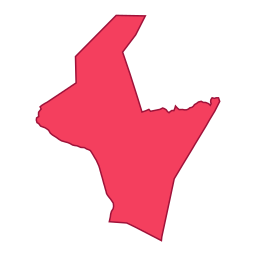 Milagres, Ceará, Brazil
{"feature_id": "56859067B57580230718616", "entity_name": "Milagres", "entity_type": "district", "adm_level": 2, "iso_a3": "BRA", "parent_name": "Brazil", "parent_adm1": "Ceará", "projection": "mercator", "projection_center": [-38.943, -7.27], "detail": "fine", "context": "isolated", "style": "filled", "palette": "rose", "viewbox_px": 256, "rotation_deg": 0, "n_neighbors": 0, "source": "geoboundaries", "source_scale": "gbopen_adm2", "svg_char_len": 1610}
<svg xmlns="http://www.w3.org/2000/svg" viewBox="0 0 256 256"><path d="M109.3,221.7L124.5,222.8L126.8,223.0L134.5,226.7L161.4,240.6L161.8,236.8L169.9,199.1L174.2,178.8L182.1,165.6L192.4,148.6L194.8,144.5L206.3,125.5L209.3,120.2L214.8,111.1L219.7,101.4L218.5,97.8L216.1,97.8L214.5,98.4L212.1,97.8L210.9,99.6L210.6,101.7L211.1,103.6L210.3,105.3L208.7,103.7L205.8,102.5L203.2,102.4L201.2,101.3L198.4,102.0L196.6,103.4L194.5,104.6L193.4,106.2L192.0,107.3L189.9,107.8L188.3,109.1L186.6,109.8L184.7,109.9L182.5,109.5L179.1,109.6L177.3,108.0L175.5,106.0L174.9,108.1L173.9,110.6L171.9,110.5L170.3,111.5L169.0,112.7L167.5,111.6L166.2,109.8L164.5,108.7L162.7,108.0L159.9,109.4L150.5,111.3L148.9,109.4L145.7,110.8L142.0,112.0L139.8,105.0L137.9,98.8L130.1,74.3L122.6,52.1L135.7,34.8L145.3,15.9L116.2,15.4L114.2,17.4L75.5,56.5L76.1,82.9L47.2,102.2L44.6,103.6L41.8,105.4L40.1,106.8L41.1,109.0L39.7,110.8L38.6,112.2L38.5,114.6L38.7,116.5L36.6,117.9L36.3,120.0L37.0,122.6L38.7,123.6L40.6,126.1L42.7,126.9L45.2,127.8L47.0,129.0L48.6,130.2L50.4,133.2L52.4,134.9L54.3,136.1L56.4,137.4L59.1,139.4L61.5,140.8L65.6,142.0L67.9,142.6L70.0,143.5L72.6,145.0L74.7,145.5L77.1,145.8L80.8,147.4L84.4,147.6L86.7,149.0L88.7,149.7L90.4,150.6L92.4,153.7L93.6,155.7L94.5,157.3L96.4,160.4L97.2,162.2L98.9,166.0L99.7,168.5L100.2,170.5L100.8,172.5L101.4,174.8L102.1,177.1L102.7,179.3L103.8,183.5L104.6,186.1L105.3,188.8L106.0,191.1L106.6,193.6L107.6,195.3L109.1,197.3L110.6,199.1L111.9,201.0L113.3,203.1L113.6,206.2L113.2,208.6L111.5,211.3L110.7,214.0L110.3,217.1L109.8,219.4L109.3,221.7Z" fill="#f43f5e" stroke="#9f1239" stroke-width="1.5"/></svg>